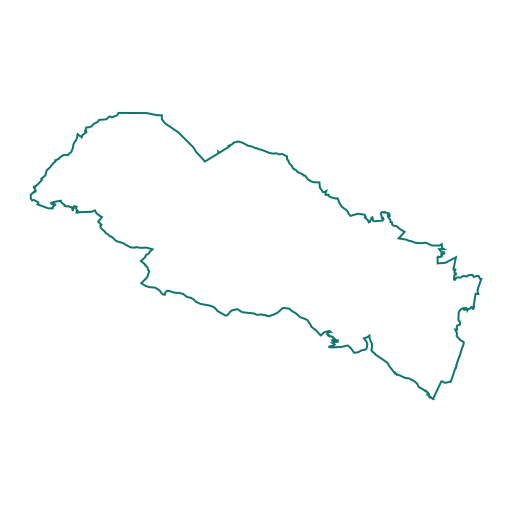 outline of Cazanesti, Mehedinti, Romania
{"feature_id": "2599482B25744085941733", "entity_name": "Cazanesti", "entity_type": "district", "adm_level": 2, "iso_a3": "ROU", "parent_name": "Romania", "parent_adm1": "Mehedinti", "projection": "equal_earth", "projection_center": [22.915, 44.698], "detail": "fine", "context": "isolated", "style": "outline", "palette": "teal", "viewbox_px": 512, "rotation_deg": 0, "n_neighbors": 0, "source": "geoboundaries", "source_scale": "gbopen_adm2", "svg_char_len": 6031}
<svg xmlns="http://www.w3.org/2000/svg" viewBox="0 0 512 512"><path d="M463.8,342.4L462.2,341.0L460.7,340.5L456.7,336.1L457.0,333.1L455.2,329.5L457.1,329.6L456.7,327.4L457.2,325.6L460.0,324.5L459.8,321.5L458.8,320.7L458.4,319.4L458.7,312.5L460.2,309.9L463.1,308.1L464.1,308.2L464.0,309.7L464.3,309.9L465.3,309.7L465.7,308.2L466.2,308.1L466.8,309.2L467.2,309.0L467.4,310.3L467.9,309.4L469.9,308.5L471.4,307.0L472.8,307.9L472.6,308.6L473.0,309.0L473.5,308.6L474.1,306.8L473.6,306.2L475.6,293.8L478.3,294.0L477.5,291.3L478.0,288.3L481.3,278.9L479.8,278.6L478.9,276.3L478.0,275.9L476.1,276.1L474.1,277.0L473.7,276.9L473.0,275.5L472.2,274.9L469.0,275.1L468.0,275.4L467.0,276.5L463.4,275.9L460.5,277.6L458.0,277.4L456.2,277.8L455.7,278.1L455.4,279.5L454.7,279.9L454.1,279.5L454.0,276.7L454.7,274.9L455.7,274.8L456.0,273.5L454.6,273.0L454.4,271.3L455.3,270.3L455.4,269.6L453.4,269.4L455.9,257.3L445.4,262.8L437.7,263.4L437.5,257.3L438.3,256.6L439.1,257.2L441.7,256.5L442.0,255.6L441.5,255.2L441.7,254.6L441.3,254.4L441.4,253.9L442.9,254.2L443.5,253.9L443.4,253.2L444.2,253.3L444.2,252.4L443.2,252.5L442.8,252.0L440.9,251.6L439.2,249.1L444.0,249.1L441.9,247.8L441.8,244.2L439.5,245.5L432.0,245.5L425.8,242.7L421.7,243.2L415.8,242.9L410.6,241.0L409.2,240.9L406.6,239.7L398.7,238.4L404.6,231.9L400.1,229.2L396.5,226.1L393.6,225.7L392.1,224.5L392.2,222.8L391.7,222.2L390.5,222.0L390.3,219.6L388.8,217.9L388.6,216.7L388.0,216.6L387.8,215.0L388.4,214.8L389.6,215.5L389.5,214.2L388.5,213.8L388.5,213.1L385.2,212.5L385.0,212.1L384.2,212.5L383.9,212.1L383.0,212.5L382.7,212.1L381.6,212.3L380.8,213.3L382.0,218.1L383.0,217.8L383.5,219.2L382.5,220.6L373.9,221.3L373.1,220.5L372.4,217.3L371.7,217.6L372.1,218.3L370.7,219.6L369.9,221.8L368.7,222.3L368.3,221.0L367.3,219.6L364.8,217.5L365.7,216.7L364.7,214.7L357.9,213.7L350.5,215.9L348.4,213.4L347.7,211.5L346.2,209.9L341.9,206.9L339.4,203.0L337.6,198.3L335.9,198.6L330.8,197.3L328.5,195.7L328.6,194.9L328.1,194.6L325.6,194.9L325.5,193.0L326.2,191.1L324.2,192.2L322.8,191.9L319.9,187.6L319.4,182.3L314.3,182.3L311.7,181.6L308.0,179.5L305.1,175.5L303.4,175.5L303.1,174.6L297.2,171.7L295.6,169.7L294.1,169.4L293.8,168.7L292.9,168.3L291.7,165.7L289.6,163.6L288.7,162.1L288.4,160.5L287.1,159.5L287.0,156.4L282.2,153.9L279.4,154.4L276.3,153.3L272.6,153.6L268.8,152.7L262.7,150.2L257.8,148.8L257.1,148.2L255.6,148.2L251.9,146.5L247.7,145.6L242.6,142.7L238.3,141.5L233.8,142.6L232.3,144.2L229.4,145.5L230.0,145.7L229.9,146.1L219.4,152.7L218.3,151.7L218.5,153.2L205.0,161.5L195.9,151.6L193.5,147.5L178.4,132.4L165.0,123.3L161.8,119.1L161.9,115.4L156.7,115.1L146.8,113.1L118.5,112.9L117.5,114.9L116.1,115.8L111.7,117.3L110.0,116.4L109.2,116.7L106.3,119.3L99.1,119.9L97.7,121.8L93.5,124.1L91.7,126.3L88.6,127.4L86.2,127.5L85.2,131.0L86.0,130.9L86.4,132.3L82.5,135.0L81.7,137.2L81.2,136.3L80.2,136.3L77.6,134.1L77.3,135.0L77.2,137.1L75.9,140.7L75.0,141.4L73.6,143.9L72.8,148.1L71.3,152.0L69.5,153.3L67.9,155.2L66.0,154.9L63.1,155.2L59.7,157.6L58.6,159.1L57.4,159.3L56.3,160.2L55.2,160.3L55.4,161.6L53.5,162.9L49.7,167.7L46.7,170.3L45.4,175.4L41.3,178.8L42.0,179.8L38.9,183.2L36.1,185.8L34.4,186.6L35.0,187.1L34.0,187.8L35.7,190.3L35.6,190.9L34.5,191.4L35.0,191.8L32.8,192.9L30.7,194.7L30.8,198.5L32.1,200.5L33.8,199.9L38.4,202.5L38.2,203.7L37.6,204.4L48.2,208.3L52.6,208.4L53.0,206.8L55.9,204.2L53.5,205.1L53.3,204.6L54.0,204.2L53.6,203.4L51.8,204.0L51.1,203.2L53.2,202.1L60.2,200.8L60.7,200.8L60.5,201.3L63.2,204.1L64.7,204.9L64.6,205.9L67.2,206.5L68.7,206.1L70.3,207.2L71.9,207.1L72.6,210.2L73.0,210.1L73.1,208.3L73.9,208.1L74.2,206.2L76.6,206.7L76.1,208.5L76.3,209.2L76.8,210.2L77.6,210.6L77.9,211.8L76.6,212.0L76.5,212.6L77.1,212.8L78.9,212.2L91.3,211.8L95.0,210.4L96.3,213.1L100.0,216.0L101.9,217.0L99.0,220.8L98.2,221.3L98.6,222.2L101.5,224.8L100.3,225.8L100.7,227.5L101.8,229.0L104.8,231.5L105.7,233.1L107.5,233.9L110.2,236.6L111.3,236.4L115.5,240.4L117.2,241.4L122.3,242.8L130.1,247.1L131.9,247.5L134.9,247.7L136.0,247.1L141.1,247.9L146.4,247.6L152.5,249.3L149.7,251.7L148.8,253.6L146.0,255.0L144.9,257.5L141.0,261.0L145.4,264.7L145.4,265.7L147.1,266.8L148.3,270.3L149.2,271.2L147.2,277.3L141.3,283.2L145.5,285.9L149.3,287.1L154.8,287.6L156.4,288.3L159.8,290.7L161.7,293.4L163.3,294.5L164.9,294.7L165.3,292.7L166.1,291.6L167.8,290.6L175.0,292.8L179.3,292.9L183.2,294.0L186.9,296.9L191.2,298.0L193.7,299.5L195.9,301.8L200.5,303.9L209.9,305.6L213.3,306.8L214.5,307.6L217.8,311.2L225.6,315.6L227.4,315.2L230.7,311.2L232.4,310.2L237.4,309.2L241.7,311.9L242.9,312.3L254.2,313.5L256.8,314.8L262.2,314.5L263.9,315.1L265.9,315.1L266.7,315.9L270.0,316.2L271.3,315.2L273.5,314.7L277.7,312.6L282.5,308.2L284.3,308.0L289.3,308.7L292.7,311.6L295.2,312.7L300.4,317.3L305.5,319.1L307.3,320.1L311.0,325.5L311.3,326.7L315.9,330.2L320.5,335.3L320.9,335.5L323.2,333.1L325.0,332.0L329.4,331.0L330.6,331.9L329.4,332.0L327.2,333.7L327.1,334.3L327.6,334.9L328.4,335.0L328.2,335.6L329.2,336.2L330.0,335.9L331.7,336.8L332.4,336.6L335.2,339.4L334.4,339.8L334.0,339.4L332.9,339.5L332.2,340.4L332.3,340.9L335.8,340.2L337.8,340.3L337.8,341.7L334.0,342.2L333.3,343.1L333.7,343.5L332.9,343.4L334.4,344.6L333.9,344.8L333.7,345.5L333.0,346.1L331.5,345.9L329.2,346.6L329.3,347.2L332.9,347.4L341.4,346.9L347.9,345.5L350.8,348.1L354.1,352.8L358.2,352.2L361.4,350.4L365.9,349.4L366.8,347.7L367.4,343.7L366.2,341.3L363.9,338.4L367.5,337.1L369.4,335.6L369.5,337.8L371.1,342.3L371.9,343.5L372.0,347.1L371.4,350.1L371.9,351.2L375.1,353.8L375.5,354.6L387.4,362.7L389.1,365.9L394.8,373.2L395.0,372.7L395.9,373.3L397.0,374.9L397.7,374.5L405.4,378.0L409.0,378.4L413.9,380.8L417.3,383.8L418.6,386.7L419.4,387.5L421.4,388.3L424.5,390.5L425.5,390.4L425.6,391.3L426.8,391.6L428.0,393.0L427.8,393.4L428.3,393.1L429.1,394.7L428.4,395.5L430.1,396.7L429.7,397.4L430.7,397.8L431.2,397.5L433.0,399.1L433.3,399.1L433.1,398.7L441.3,381.5L442.3,381.3L444.4,382.7L445.6,382.8L449.8,381.7L450.7,381.9L455.4,368.1L455.9,368.1L456.5,366.1L456.1,365.8L459.1,356.9L459.4,357.0L461.9,348.5L463.3,345.2L463.8,342.4Z" fill="none" stroke="#0f766e" stroke-width="2"/></svg>